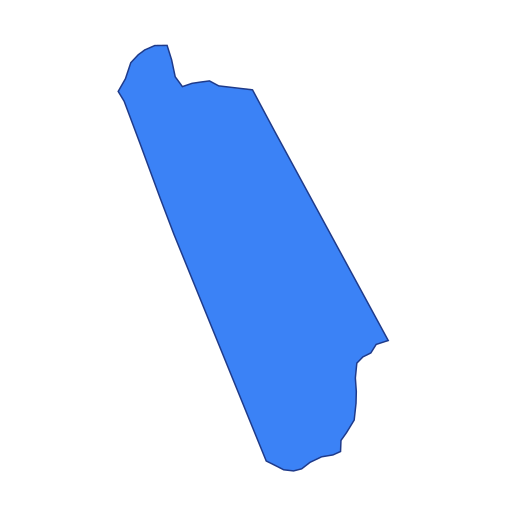 outline of Belém, Alagoas, Brazil, rotated 176°
{"feature_id": "56859067B82367444604636", "entity_name": "Belém", "entity_type": "district", "adm_level": 2, "iso_a3": "BRA", "parent_name": "Brazil", "parent_adm1": "Alagoas", "projection": "equal_earth", "projection_center": [-36.491, -9.559], "detail": "fine", "context": "isolated", "style": "filled", "palette": "blue", "viewbox_px": 512, "rotation_deg": 176, "n_neighbors": 0, "source": "geoboundaries", "source_scale": "gbopen_adm2", "svg_char_len": 674}
<svg xmlns="http://www.w3.org/2000/svg" viewBox="0 0 512 512"><g transform="rotate(176 256 256)"><path d="M260.1,50.8L250.6,45.2L243.3,40.8L233.5,39.0L225.3,40.5L216.5,46.4L204.6,51.1L193.1,52.2L185.3,55.1L184.1,66.1L178.1,73.4L169.5,85.5L166.5,102.1L165.4,113.7L165.4,127.4L162.9,142.1L156.4,147.9L148.2,151.3L142.3,159.4L130.0,162.5L228.8,379.3L236.5,396.5L247.9,422.0L281.3,428.3L290.2,433.9L298.8,433.4L307.8,432.7L317.6,430.1L324.1,440.4L326.5,457.6L330.0,472.3L342.3,473.0L352.5,469.4L359.4,465.0L367.4,457.6L373.9,441.9L382.0,429.8L376.7,419.5L363.6,375.5L358.6,358.3L347.5,320.2L336.4,283.5L260.1,50.8Z" fill="#3b82f6" stroke="#1e3a8a" stroke-width="1.5"/></g></svg>